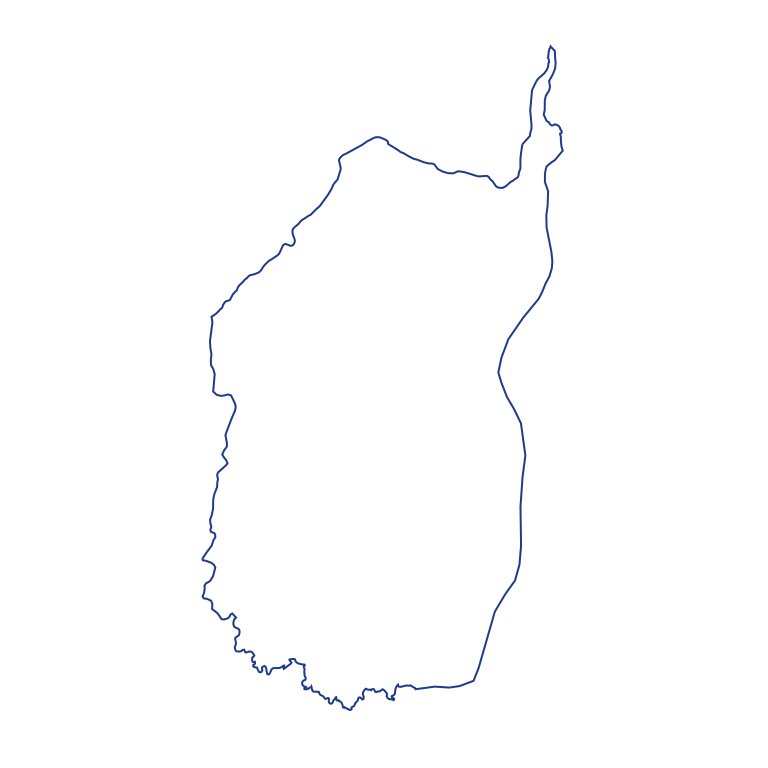 Meun, Vientiane, Laos, rotated 175°
{"feature_id": "54806243B19210763437500", "entity_name": "Meun", "entity_type": "district", "adm_level": 2, "iso_a3": "LAO", "parent_name": "Laos", "parent_adm1": "Vientiane", "projection": "albers", "projection_center": [101.935, 18.217], "detail": "fine", "context": "isolated", "style": "outline", "palette": "blue", "viewbox_px": 768, "rotation_deg": 175, "n_neighbors": 0, "source": "geoboundaries", "source_scale": "gbopen_adm2", "svg_char_len": 6036}
<svg xmlns="http://www.w3.org/2000/svg" viewBox="0 0 768 768"><g transform="rotate(175 384 384)"><path d="M385.3,81.1L384.2,81.5L383.5,81.3L381.3,79.4L379.9,78.7L379.4,78.1L379.2,77.2L359.7,78.1L345.4,75.9L334.9,76.5L320.7,80.5L314.5,92.8L293.4,147.6L281.4,164.2L270.6,176.8L264.8,192.2L261.6,210.7L258.7,250.1L254.1,279.2L249.4,300.4L251.0,332.9L256.8,348.1L262.6,360.2L266.9,374.9L269.1,385.5L264.8,399.8L256.2,417.8L239.6,437.9L222.4,455.5L218.6,461.6L214.1,470.3L209.9,476.6L206.7,484.8L205.6,491.5L205.7,500.7L208.4,525.8L207.6,537.9L205.5,547.1L203.7,561.8L206.1,571.2L205.4,578.9L204.2,583.7L203.0,586.6L199.1,589.4L194.0,592.4L185.6,600.9L186.5,605.2L186.6,610.1L186.3,615.2L186.8,617.1L186.7,618.1L185.5,618.4L185.0,619.3L185.1,620.7L186.3,622.8L186.3,623.7L187.2,625.5L188.4,626.6L191.0,627.8L193.2,626.9L194.5,627.0L195.2,627.5L196.3,628.7L196.8,630.3L199.1,631.8L201.4,638.5L200.0,642.9L199.1,652.2L197.7,657.0L193.7,662.3L192.7,666.0L193.1,671.5L188.8,677.8L186.0,683.4L185.0,689.3L185.1,694.5L184.8,700.8L188.6,705.8L189.0,704.5L190.0,703.5L191.1,700.1L191.9,695.7L192.4,694.8L191.7,693.8L191.5,691.0L191.6,690.0L192.3,689.1L192.7,686.5L193.3,684.9L194.6,682.5L197.4,679.4L203.3,675.1L205.1,673.3L207.2,670.1L210.9,663.8L214.5,643.8L214.5,628.5L215.0,624.8L216.4,621.4L217.1,618.3L224.8,611.2L225.6,609.6L228.1,598.7L228.7,594.3L229.3,587.2L229.8,585.6L231.0,583.4L232.0,579.6L232.4,578.7L233.7,577.7L235.4,576.9L237.6,575.4L240.3,574.2L245.6,570.3L248.7,569.0L251.8,569.4L253.7,570.0L255.3,571.4L258.1,576.4L260.4,578.8L261.6,581.1L262.9,582.1L263.7,582.4L270.8,582.5L272.4,582.7L285.1,587.9L289.8,589.2L291.9,589.4L296.7,587.8L301.5,588.4L306.9,590.4L311.0,593.0L312.0,593.9L314.5,598.1L315.7,599.0L316.4,599.3L320.4,599.9L324.9,601.4L331.6,604.7L334.5,605.6L338.8,608.2L344.8,612.5L347.1,613.5L349.5,615.7L358.9,622.7L359.0,625.0L360.8,627.0L366.4,630.0L369.3,630.5L370.8,630.5L372.4,630.1L379.6,627.2L385.0,624.1L400.2,617.4L405.0,615.6L408.1,613.1L409.4,611.0L408.4,604.0L408.4,601.7L412.5,591.7L416.2,588.1L417.4,586.6L419.2,583.0L423.4,577.3L432.3,567.0L437.0,563.5L442.7,558.7L443.8,558.5L451.3,554.5L452.8,553.5L455.5,550.7L459.8,547.7L461.3,546.1L461.9,544.3L461.9,541.6L460.4,535.6L460.4,533.6L461.7,531.1L463.0,530.0L465.2,529.8L469.9,532.2L472.4,531.2L476.9,523.2L478.8,521.5L485.7,517.7L487.4,517.1L491.8,513.6L494.1,511.3L497.0,507.5L498.1,506.7L499.6,505.8L503.9,504.6L507.7,504.1L509.4,503.4L511.3,501.4L513.0,500.5L517.8,496.2L519.5,495.0L521.2,492.8L522.9,489.6L524.2,489.0L525.6,487.4L526.5,486.9L530.2,481.2L532.0,480.5L533.6,480.4L535.3,479.5L537.5,476.8L538.4,474.3L540.3,472.9L544.2,469.4L547.4,467.3L549.9,466.2L549.6,460.1L553.6,442.1L553.8,434.9L553.3,428.6L554.4,422.9L554.7,418.0L552.7,413.6L551.8,408.6L554.8,391.4L551.7,387.9L547.7,386.4L544.2,386.5L540.3,387.2L537.3,385.9L534.2,377.6L533.7,374.3L534.7,370.5L538.6,363.3L545.2,349.7L546.4,346.8L545.6,338.3L546.1,335.2L549.1,331.8L551.3,327.7L550.1,325.3L547.7,321.5L546.8,318.6L548.0,317.2L557.2,310.2L558.2,307.7L557.7,303.5L558.7,300.3L559.2,296.0L562.7,288.9L564.2,283.6L565.2,274.3L567.0,268.6L569.1,263.8L569.1,259.9L568.4,257.1L569.7,253.8L569.4,251.9L566.1,250.3L565.3,248.9L565.4,246.0L567.5,243.3L569.8,237.9L575.3,231.8L580.0,226.0L579.8,224.2L577.1,223.5L571.9,221.1L569.4,219.0L568.0,215.9L571.1,207.3L574.5,202.8L578.6,201.0L580.5,198.6L580.4,196.0L581.4,191.8L583.2,188.2L582.2,186.1L579.0,185.4L575.2,183.2L574.2,180.0L574.8,174.8L570.0,170.3L568.2,167.5L567.0,164.9L566.3,164.0L565.1,163.5L563.5,163.4L560.2,164.2L558.5,165.3L557.1,167.6L555.2,168.6L551.7,164.2L553.5,162.7L554.1,161.6L554.9,159.2L554.9,157.2L554.4,155.4L553.8,154.6L550.7,153.0L549.9,152.2L549.5,151.3L549.5,149.7L549.9,147.7L550.6,146.3L554.0,144.3L554.5,143.2L554.1,139.8L554.1,138.2L555.7,134.3L555.1,131.7L554.8,131.1L554.0,130.5L551.1,130.0L549.6,130.3L547.9,131.5L546.4,131.5L545.8,129.3L545.3,128.7L544.3,128.6L541.9,129.2L540.6,129.2L539.6,128.9L538.4,127.8L536.8,124.9L537.1,124.3L538.8,123.1L539.3,122.5L539.4,119.5L539.1,118.7L538.5,118.3L536.8,118.5L536.7,118.1L536.9,116.6L537.3,116.1L538.9,115.3L538.9,114.4L538.5,113.7L537.8,113.2L535.2,112.6L534.5,109.9L533.5,108.0L532.8,107.6L531.1,107.9L530.1,109.3L530.4,111.4L530.1,112.4L528.9,113.2L527.5,113.4L526.7,112.7L526.3,111.8L525.7,105.7L525.3,105.0L524.4,104.7L523.0,105.5L521.2,109.1L519.9,110.2L519.1,110.5L517.0,110.7L515.8,110.3L512.9,110.2L510.4,111.0L508.7,112.2L508.1,112.2L508.8,109.8L508.6,109.0L501.3,113.4L500.5,114.5L502.3,117.5L501.3,118.0L498.2,118.0L496.7,117.5L496.5,116.1L495.4,114.2L493.3,112.9L490.4,111.9L487.7,111.4L487.4,110.6L488.3,110.2L488.6,108.8L488.0,107.3L488.6,103.6L488.3,102.5L488.6,101.6L488.4,100.1L487.7,98.3L487.7,97.1L488.3,96.1L490.0,95.6L491.3,94.5L491.7,92.6L491.2,90.9L490.1,89.7L488.7,89.3L488.0,88.8L489.8,88.0L490.0,87.3L489.6,86.8L488.0,86.6L485.6,87.1L484.1,88.2L483.0,88.4L482.7,88.9L482.1,84.9L481.1,83.7L475.8,83.0L475.5,81.6L474.4,79.7L472.0,78.4L471.0,77.1L470.3,75.6L469.1,75.5L467.0,76.1L466.3,75.5L466.2,74.6L466.6,73.5L466.6,71.6L465.6,70.4L464.3,70.1L463.1,70.9L461.7,73.5L460.3,74.5L459.7,75.2L459.6,76.0L459.0,76.2L458.8,75.6L458.9,73.4L458.4,72.8L457.0,72.9L456.4,72.6L456.2,71.8L455.0,71.3L454.3,70.6L453.4,68.4L453.0,65.3L452.1,65.2L451.5,65.5L451.1,64.8L450.3,64.8L449.1,63.5L448.0,63.4L446.8,62.3L445.9,62.2L444.7,62.7L444.6,64.4L444.0,65.0L443.2,65.1L441.5,66.2L440.9,67.8L439.9,69.1L438.4,70.3L437.6,71.4L437.2,72.8L436.4,73.8L435.3,73.9L434.1,72.9L433.2,71.7L432.6,71.6L431.9,72.1L431.5,73.6L432.1,77.1L431.7,78.8L430.2,80.8L428.8,82.0L426.2,80.7L424.4,80.8L423.4,80.0L422.4,81.0L421.3,81.1L420.5,80.6L419.5,78.1L418.5,77.7L417.1,78.3L415.5,78.1L414.4,78.5L413.2,79.4L412.0,80.0L410.3,78.7L409.5,77.4L408.1,75.8L408.1,74.4L408.6,72.8L407.8,71.0L406.8,69.9L405.3,69.4L403.8,69.3L402.1,68.2L401.4,68.7L401.3,69.4L403.4,71.3L403.6,72.3L401.3,73.2L400.2,74.3L399.2,79.2L398.0,81.4L396.8,82.8L396.2,83.2L396.2,82.1L395.5,81.2L393.7,80.8L388.9,81.6L386.6,81.6L385.3,81.1Z" fill="none" stroke="#1e3a8a" stroke-width="2"/></g></svg>